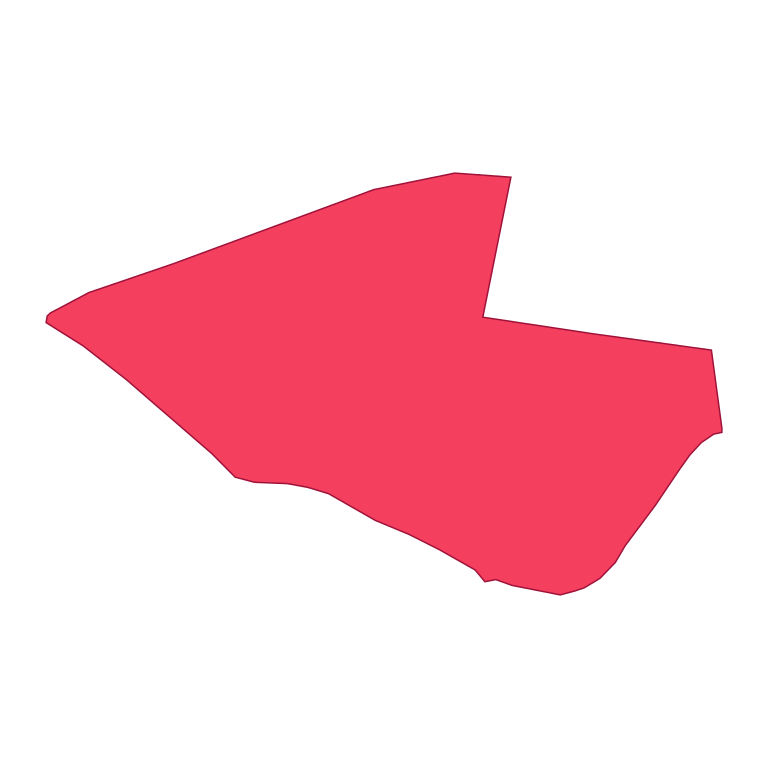 Patterson'S Gap, Castries, Saint Lucia (Natural Earth projection)
{"feature_id": "8701671B23690641916416", "entity_name": "Patterson'S Gap", "entity_type": "district", "adm_level": 2, "iso_a3": "LCA", "parent_name": "Saint Lucia", "parent_adm1": "Castries", "projection": "natural_earth1", "projection_center": [-60.985, 14.007], "detail": "fine", "context": "isolated", "style": "filled", "palette": "rose", "viewbox_px": 768, "rotation_deg": 0, "n_neighbors": 0, "source": "geoboundaries", "source_scale": "gbopen_adm2", "svg_char_len": 619}
<svg xmlns="http://www.w3.org/2000/svg" viewBox="0 0 768 768"><path d="M211.6,453.4L235.2,477.2L254.7,482.3L287.3,483.6L307.9,487.4L328.6,493.7L375.3,520.4L409.0,534.4L439.4,549.7L475.2,570.0L484.9,581.7L495.8,579.6L512.0,585.4L560.2,594.9L574.8,591.0L584.3,587.8L599.9,578.4L615.3,562.5L625.3,545.5L635.1,532.4L655.5,505.1L680.0,468.7L689.9,454.9L701.3,442.6L713.7,434.1L721.9,432.4L721.9,428.3L711.4,350.1L591.8,333.6L482.8,317.2L510.9,177.2L454.7,173.1L373.8,189.6L173.4,263.7L89.0,292.5L50.3,313.0L47.2,316.0L46.1,322.6L83.3,346.0L126.2,379.5L211.6,453.4Z" fill="#f43f5e" stroke="#9f1239" stroke-width="1.5"/></svg>